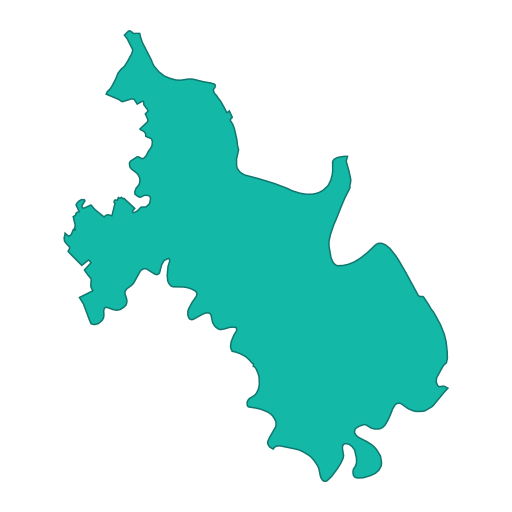 Tu Ky, Hải Dương, Vietnam
{"feature_id": "81297802B38910067880652", "entity_name": "Tu Ky", "entity_type": "district", "adm_level": 2, "iso_a3": "VNM", "parent_name": "Vietnam", "parent_adm1": "Hải Dương", "projection": "robinson", "projection_center": [106.393, 20.817], "detail": "fine", "context": "isolated", "style": "filled", "palette": "teal", "viewbox_px": 512, "rotation_deg": 0, "n_neighbors": 0, "source": "geoboundaries", "source_scale": "gbopen_adm2", "svg_char_len": 6025}
<svg xmlns="http://www.w3.org/2000/svg" viewBox="0 0 512 512"><path d="M79.4,297.5L83.5,304.1L89.3,319.6L91.1,323.8L94.3,324.6L98.1,323.7L99.9,322.4L102.3,320.2L103.6,317.7L103.9,315.1L103.7,310.6L104.3,308.6L105.4,307.4L106.7,307.3L112.8,309.5L116.4,310.2L117.7,310.1L120.4,309.5L124.0,307.1L126.0,305.1L126.8,302.6L126.9,300.4L126.5,298.4L125.0,293.9L125.0,291.9L125.6,290.6L126.8,288.8L131.0,285.8L133.2,283.7L134.4,281.8L140.3,271.1L141.3,270.1L143.7,268.7L146.4,268.8L154.7,274.1L156.6,274.6L157.9,274.4L159.2,273.3L159.7,272.4L161.5,265.2L163.7,261.1L164.7,260.2L168.6,258.3L169.5,259.6L169.7,261.0L168.0,266.6L167.2,275.3L167.7,280.8L168.6,282.9L170.0,285.0L171.3,286.1L173.0,286.8L183.4,287.0L187.3,287.6L191.3,288.9L195.0,290.8L196.0,291.6L196.9,293.4L196.8,295.3L195.9,297.0L192.0,302.5L188.8,308.5L187.9,311.0L187.8,313.8L188.0,315.7L188.9,318.0L189.7,319.0L191.4,319.7L193.2,319.4L203.2,313.9L206.1,312.9L208.4,312.9L209.7,313.4L210.9,314.6L212.6,322.3L214.0,325.1L215.4,326.8L218.3,329.0L220.5,329.6L224.9,328.8L229.5,327.4L231.8,327.2L234.8,327.2L236.2,327.7L236.7,329.1L236.4,331.1L233.8,335.2L231.2,341.7L230.5,346.3L231.0,348.8L232.2,351.3L235.8,352.1L240.2,353.7L245.6,356.5L249.0,359.6L252.2,363.2L253.5,364.0L253.3,366.3L254.7,367.0L255.9,368.5L258.1,373.5L259.1,377.3L259.3,384.1L259.1,385.9L258.2,389.6L256.5,393.0L255.3,394.6L253.4,396.2L249.5,398.4L248.1,400.0L247.1,402.3L247.3,405.5L248.2,406.7L248.9,407.0L256.0,408.1L261.0,409.3L267.9,412.1L271.1,414.3L272.8,416.1L274.8,419.3L275.9,421.9L276.1,424.6L275.7,426.8L269.8,437.0L267.7,441.6L267.7,443.7L268.8,445.8L269.8,447.1L273.1,449.1L274.2,447.6L276.1,446.2L279.8,445.8L295.9,449.1L299.7,450.2L303.2,451.9L308.1,454.8L310.9,456.9L314.4,460.9L317.7,465.9L318.9,468.7L320.2,475.3L320.9,477.6L322.5,480.2L323.8,481.1L325.6,481.3L327.0,480.8L331.3,476.8L337.5,468.6L340.8,463.2L342.9,458.8L343.6,455.7L342.5,448.8L342.5,446.2L343.6,444.4L344.6,443.7L346.7,443.7L349.4,444.5L352.0,446.5L354.6,449.9L356.5,458.4L356.5,462.3L356.1,464.5L354.8,467.2L353.6,468.7L353.0,471.2L353.0,472.8L353.4,475.3L354.5,476.9L355.6,477.5L357.6,478.0L362.7,477.8L365.3,477.2L371.0,475.4L375.5,473.2L378.8,470.3L381.0,466.4L381.5,463.7L381.5,462.1L380.5,456.1L376.8,449.9L374.5,447.2L372.5,445.3L367.4,441.9L359.5,437.9L357.5,436.6L355.9,435.0L354.7,433.0L354.6,431.8L354.7,430.2L355.5,428.7L357.1,427.4L359.5,426.1L363.9,424.6L365.7,424.7L371.1,428.0L374.4,429.0L378.6,429.0L379.9,428.8L382.4,427.6L384.9,425.3L388.0,420.1L390.6,414.3L392.5,409.2L394.8,405.3L395.7,404.2L397.7,403.3L398.7,403.1L401.0,403.6L408.2,408.7L412.6,410.6L415.1,411.3L417.6,411.5L422.7,411.3L425.0,410.8L431.9,406.7L433.2,405.6L443.7,392.8L447.9,388.2L443.9,386.1L440.1,386.6L438.6,386.5L437.7,385.5L436.3,382.5L436.4,379.2L437.0,377.1L442.6,366.9L444.0,364.9L446.4,362.8L447.4,358.4L447.2,351.6L446.1,341.6L444.3,334.3L440.4,324.5L435.0,314.6L433.0,311.4L431.0,308.9L428.9,305.1L423.7,297.2L422.8,296.5L419.6,296.5L418.2,295.3L405.9,272.7L398.9,260.6L395.9,256.0L389.9,248.4L385.5,244.9L382.2,243.5L380.4,243.2L378.2,243.4L375.6,244.8L367.2,252.8L360.3,258.2L354.2,262.0L348.1,264.4L343.0,265.5L337.5,265.7L336.2,265.3L334.2,263.7L333.1,262.4L332.1,260.3L331.0,257.6L329.0,246.0L329.0,241.0L330.6,234.0L333.6,225.2L336.2,219.2L342.3,203.9L345.0,197.7L349.5,188.8L350.0,187.3L349.8,185.9L350.6,182.2L350.8,180.2L350.4,177.5L348.9,170.8L346.4,162.1L346.3,160.7L347.5,156.3L343.9,156.4L338.2,157.3L336.2,158.1L334.0,159.4L332.8,161.2L332.6,162.1L332.7,170.2L332.3,174.4L330.9,179.9L328.8,184.3L327.7,186.0L323.2,190.2L318.8,192.6L315.5,193.6L312.4,194.2L306.0,194.2L300.0,193.2L292.5,190.9L286.8,188.2L274.7,183.6L258.7,178.7L244.7,175.0L242.7,173.9L240.2,172.2L238.3,170.0L237.0,167.6L236.6,165.4L236.5,159.3L238.6,149.7L237.6,146.0L236.7,138.8L234.3,128.3L232.5,123.8L230.0,120.0L232.3,117.3L229.3,110.9L227.2,112.6L226.7,112.6L224.6,108.2L220.7,101.3L217.7,97.4L216.6,95.6L214.8,93.7L214.0,92.5L213.5,91.0L213.4,89.6L214.9,87.5L215.2,86.3L215.1,84.7L214.5,84.2L210.8,83.0L203.2,81.7L193.6,79.3L191.3,79.0L188.0,79.1L180.7,80.2L175.8,80.0L169.3,78.1L164.3,76.0L159.0,71.9L153.9,65.9L152.6,63.3L151.4,60.1L142.2,42.1L140.6,37.2L139.7,33.4L133.2,33.4L131.4,31.6L129.4,30.7L128.1,31.4L124.4,35.1L127.1,38.6L132.6,49.5L132.6,50.6L131.8,53.5L127.7,61.1L124.6,66.1L120.9,69.4L118.1,73.0L115.8,78.7L112.2,85.7L110.3,88.7L107.2,91.8L106.2,94.2L118.7,99.4L121.7,101.5L122.6,101.7L131.5,98.9L133.0,99.0L134.3,99.5L137.2,104.1L142.0,101.4L143.3,101.5L143.7,101.9L143.8,104.7L147.8,110.1L147.9,111.3L145.3,113.9L147.6,118.9L147.9,121.1L147.6,121.7L139.9,129.0L141.2,130.1L144.0,131.5L144.7,132.3L145.7,134.1L145.7,136.1L146.0,136.5L151.4,138.7L152.4,141.5L152.0,145.4L151.0,147.7L148.1,151.7L146.4,155.4L144.3,157.8L143.2,158.5L141.8,158.6L138.4,156.8L137.1,156.8L130.7,161.0L129.8,162.1L129.4,163.4L129.7,166.3L130.2,167.5L131.7,169.2L136.7,173.1L137.9,174.4L139.8,178.1L139.9,181.1L139.5,183.4L138.7,185.1L136.1,188.2L134.8,191.8L134.9,194.1L137.3,196.0L139.4,197.2L140.9,197.1L143.5,195.7L145.5,195.2L148.1,195.5L149.1,195.9L150.3,197.3L150.5,198.8L150.3,200.0L149.6,203.3L148.8,204.4L146.5,206.5L145.6,207.0L141.4,207.1L140.6,207.5L138.5,209.9L135.9,211.9L133.1,212.7L132.4,211.1L134.8,208.4L124.0,198.4L123.2,198.8L121.4,197.3L119.8,198.3L118.4,197.5L117.3,200.3L115.2,199.9L114.2,200.9L114.1,202.3L115.0,203.3L111.9,215.8L108.5,214.8L107.0,214.9L105.6,215.5L104.1,217.0L95.0,209.6L91.0,205.0L84.0,208.1L82.5,207.9L82.1,207.5L82.0,206.1L82.5,204.8L84.7,201.3L84.9,200.6L84.2,199.7L81.8,199.6L80.7,200.0L79.2,200.9L77.7,202.3L76.3,204.3L76.1,205.1L79.2,211.6L76.6,212.6L76.1,213.1L75.6,215.3L73.2,216.6L75.3,225.6L74.6,227.8L75.3,229.3L75.3,230.0L75.0,230.2L73.8,229.2L73.4,229.4L71.3,234.4L69.8,235.8L68.9,236.0L67.7,235.5L65.1,233.2L64.8,235.6L64.1,237.7L64.5,241.0L65.6,242.7L69.5,247.1L69.7,247.8L69.5,248.6L68.1,251.3L69.0,252.5L81.8,265.4L88.7,259.9L91.1,262.7L84.4,270.0L88.0,275.1L91.2,279.0L90.8,286.3L91.2,287.6L92.8,290.8L79.4,297.5Z" fill="#14b8a6" stroke="#0f766e" stroke-width="1.5"/></svg>